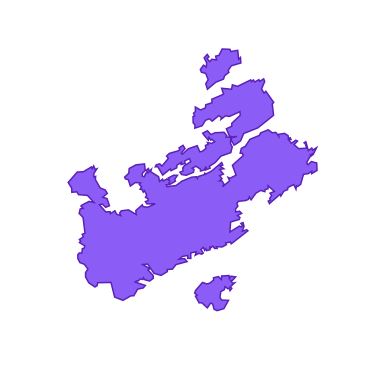 outline of Tjøme nor, Norway, rotated 246°
{"feature_id": "86288312B10899957207180", "entity_name": "Tjøme nor", "entity_type": "district", "adm_level": 2, "iso_a3": "NOR", "parent_name": "Norway", "parent_adm1": "", "projection": "equal_earth", "projection_center": [10.411, 59.111], "detail": "fine", "context": "isolated", "style": "filled", "palette": "violet", "viewbox_px": 384, "rotation_deg": 246, "n_neighbors": 0, "source": "geoboundaries", "source_scale": "gbopen_adm2", "svg_char_len": 6102}
<svg xmlns="http://www.w3.org/2000/svg" viewBox="0 0 384 384"><g transform="rotate(246 192 192)"><path d="M151.0,60.8L144.7,64.7L145.1,67.4L147.5,68.9L142.3,81.2L127.4,78.6L121.1,84.9L122.0,93.9L120.9,96.6L125.3,102.8L124.2,108.5L125.6,111.4L132.9,103.4L133.4,105.0L132.5,106.8L133.7,109.1L132.1,111.6L133.4,112.7L131.0,113.2L127.9,117.1L128.9,121.5L131.4,122.6L138.7,120.1L139.0,122.3L145.8,117.5L144.2,122.2L133.2,124.2L128.4,129.8L129.3,137.1L131.3,137.7L129.5,142.8L132.2,147.9L130.4,159.2L134.2,158.1L135.9,152.8L137.0,157.2L135.8,162.2L133.1,161.1L131.8,163.9L136.9,166.1L135.6,171.6L132.9,169.2L133.2,173.3L131.2,175.6L131.6,177.4L135.9,176.9L136.8,179.8L133.5,179.8L134.4,181.5L132.5,181.5L131.9,185.0L135.2,186.2L133.2,186.2L134.1,189.1L131.2,189.7L130.2,192.0L132.1,192.0L129.5,197.3L129.9,202.0L131.8,202.0L130.7,206.7L128.7,206.7L133.8,227.3L135.2,226.7L135.8,222.0L139.5,225.6L143.3,226.2L143.4,223.9L140.5,224.4L140.1,222.6L141.6,221.5L140.0,210.3L148.9,215.1L147.7,223.9L149.1,225.4L152.0,224.0L152.3,228.7L155.2,227.5L155.8,224.0L158.6,224.6L160.4,228.2L163.2,228.2L164.6,230.6L162.4,237.6L162.3,240.5L164.2,242.3L160.8,242.8L164.9,249.9L165.6,255.2L162.7,258.7L164.5,259.9L164.0,262.8L166.8,264.0L159.0,267.5L159.2,262.8L156.3,263.3L154.5,260.4L152.6,260.3L152.7,258.0L149.9,258.0L154.1,271.5L152.2,271.5L155.4,276.2L155.3,280.3L157.1,281.5L157.4,288.0L152.3,288.1L155.1,289.9L154.0,290.9L154.9,294.5L162.8,301.0L161.5,305.7L162.2,309.8L160.1,308.8L160.8,315.0L167.8,317.7L171.3,313.4L169.7,309.1L172.0,308.6L175.9,313.5L176.9,317.4L177.8,315.7L178.0,319.2L181.8,323.8L181.2,319.2L183.4,319.3L182.5,315.1L191.6,316.4L191.4,313.9L190.9,315.1L185.4,314.7L188.2,307.1L193.7,304.5L195.6,309.1L197.1,307.9L196.1,302.6L200.7,301.4L199.7,303.8L201.6,303.8L201.6,302.0L204.4,302.7L207.9,300.4L209.5,294.5L207.6,293.9L212.4,292.8L213.5,289.3L217.8,287.0L218.1,278.8L216.3,276.4L216.6,266.4L212.1,259.4L211.8,254.8L207.9,251.8L206.7,253.8L204.4,253.5L200.0,239.8L189.5,239.1L189.1,232.3L190.7,230.9L186.9,230.9L184.4,222.0L186.2,224.4L190.0,223.9L191.1,221.5L191.9,224.8L195.7,223.9L195.6,228.0L201.4,226.4L200.3,230.5L204.2,228.2L204.1,231.1L206.9,231.1L203.1,218.2L202.8,211.7L204.7,211.2L202.8,211.1L203.6,204.1L202.2,202.3L204.1,202.4L205.7,197.7L206.0,187.1L204.4,180.1L207.1,171.3L209.0,171.4L208.4,173.7L209.8,174.9L207.9,174.9L208.6,181.3L210.5,181.3L213.2,185.5L214.8,182.0L214.5,176.1L211.7,176.1L214.1,174.4L213.8,170.2L215.7,170.3L214.8,166.7L219.6,167.7L227.4,162.5L229.2,164.0L228.3,161.6L231.2,161.7L230.4,158.7L227.5,159.9L228.0,157.5L225.3,154.6L226.7,153.1L229.1,154.0L230.9,158.2L237.0,160.0L239.6,151.8L239.0,144.2L234.8,141.8L233.0,136.5L231.1,136.5L229.1,138.8L222.5,138.1L223.7,144.0L221.2,148.7L220.3,146.9L217.4,148.0L215.6,145.7L214.6,147.4L211.7,147.4L212.6,149.1L207.8,149.4L206.0,147.3L204.0,149.0L202.1,148.4L202.2,145.5L199.4,146.0L196.3,153.6L196.1,145.4L198.6,141.3L200.5,141.4L197.9,133.1L194.1,131.9L201.5,126.7L203.6,119.7L202.3,117.4L199.4,117.3L202.4,114.1L206.2,113.9L205.4,108.6L207.3,109.2L208.9,105.1L218.0,102.3L217.4,105.2L213.1,106.9L213.0,111.0L220.6,111.7L223.5,108.3L225.2,114.1L229.1,113.6L233.0,109.8L242.6,108.8L245.4,110.3L245.4,108.5L248.7,109.8L251.9,114.5L252.0,112.7L255.8,112.8L253.9,110.4L255.8,110.4L254.7,101.1L256.9,95.2L251.1,82.8L244.4,83.6L240.6,82.1L239.0,86.8L235.7,87.3L231.4,95.1L222.3,98.2L225.3,94.2L224.8,86.0L224.3,84.8L221.4,86.0L222.0,83.0L218.4,80.2L213.0,82.1L197.9,77.5L198.0,74.5L195.2,74.5L194.4,69.8L192.4,70.4L191.6,68.6L186.3,72.2L184.4,70.3L184.9,68.8L181.0,66.5L182.2,64.3L181.2,62.2L177.5,60.6L173.1,60.9L169.8,64.2L164.0,65.6L161.7,62.0L157.7,60.2L151.0,60.8ZM252.0,222.0L249.2,220.5L248.4,228.2L252.0,233.5L251.9,237.6L248.5,239.3L250.9,247.5L248.1,249.2L246.6,248.0L248.0,253.6L245.8,256.8L245.9,268.4L242.5,267.3L238.6,256.3L235.9,255.1L235.8,249.1L228.3,248.9L225.9,251.0L224.5,255.8L225.4,250.0L223.5,249.0L217.7,249.5L218.1,253.0L218.9,257.1L224.4,263.0L223.8,278.3L228.9,297.7L239.7,301.1L240.6,303.1L254.0,300.4L253.1,298.0L257.9,297.5L263.4,303.4L266.2,303.5L265.5,298.8L267.4,298.8L267.0,294.1L269.4,293.6L268.6,291.2L270.5,291.2L270.0,276.5L273.5,272.5L269.8,269.9L274.7,261.3L268.5,260.6L268.7,247.8L265.4,246.6L266.1,240.1L263.3,238.3L263.5,233.1L268.3,229.6L264.1,227.8L263.3,225.4L260.4,225.4L260.5,223.6L254.8,221.2L252.0,222.0ZM231.4,170.5L230.0,168.7L229.0,171.0L219.4,172.1L221.9,181.5L220.0,181.5L220.3,187.9L222.6,189.1L223.4,194.4L221.5,193.2L220.9,197.3L223.3,197.9L223.6,203.2L220.2,203.2L219.1,195.5L217.7,193.2L214.9,192.5L215.0,189.0L212.2,189.6L209.6,193.6L209.4,201.3L211.7,203.0L213.6,201.9L214.0,206.0L209.6,208.9L207.7,208.3L207.1,211.8L209.4,215.3L206.6,213.5L206.4,218.2L208.3,218.2L209.5,225.3L213.0,233.0L212.2,243.5L216.8,247.1L220.6,246.9L226.2,249.8L228.3,245.5L229.2,246.7L233.5,245.6L236.7,237.4L236.8,232.7L241.7,231.0L241.4,225.7L239.4,226.0L232.7,228.0L235.0,229.7L231.7,230.3L232.1,231.5L228.7,233.2L228.4,229.7L230.9,226.2L229.0,226.1L229.1,223.2L226.2,222.6L225.0,217.9L225.5,215.5L232.2,215.6L233.0,206.3L230.4,198.6L231.9,198.0L234.5,203.3L238.3,202.8L237.6,198.1L235.7,198.1L235.2,196.3L236.5,187.0L235.2,183.4L232.3,184.0L227.9,175.1L230.8,174.0L231.4,170.5ZM288.0,252.4L285.3,248.6L279.6,247.9L282.6,258.5L282.3,266.7L285.0,269.1L286.3,274.4L288.2,274.4L291.3,279.2L290.0,289.1L295.2,291.0L294.3,288.6L302.8,291.4L304.5,284.6L306.9,284.7L310.4,277.7L305.9,272.3L306.5,268.8L302.7,268.2L305.2,264.1L303.9,261.2L307.7,260.0L308.6,262.4L311.5,261.9L309.7,257.7L304.0,257.9L300.3,255.8L303.2,254.1L300.5,249.4L297.6,249.3L294.7,252.8L288.0,252.4ZM95.4,152.8L87.8,153.4L86.7,156.0L79.9,158.9L82.9,163.8L81.4,165.3L75.8,164.5L73.4,166.7L72.5,173.7L78.2,181.3L81.3,175.0L84.6,174.8L89.3,177.8L89.6,181.8L92.1,183.7L89.0,185.4L89.1,186.9L86.4,186.6L87.8,189.2L89.8,188.4L91.7,194.0L92.2,191.9L95.5,191.3L94.7,192.8L96.7,197.3L99.2,193.4L97.9,191.0L100.6,191.9L103.2,184.9L100.1,183.2L104.0,181.7L104.9,176.8L102.7,175.8L101.5,171.2L102.0,168.2L105.1,164.8L100.6,155.2L98.6,153.3L95.6,154.7L95.4,152.8Z" fill="#8b5cf6" stroke="#5b21b6" stroke-width="1.5"/></g></svg>